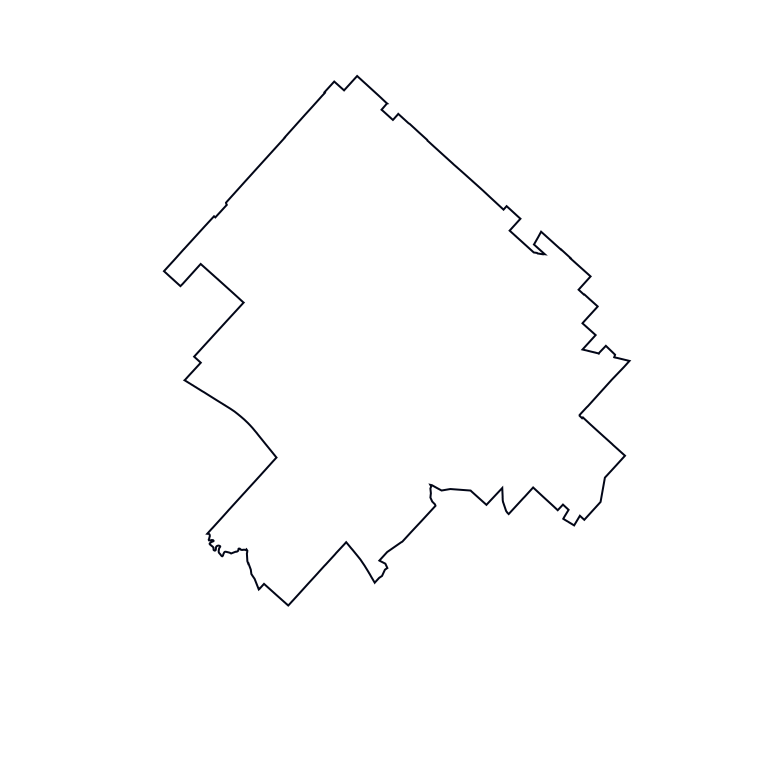 Griffith, New South Wales, Australia, rotated 34°
{"feature_id": "25037944B92431338165184", "entity_name": "Griffith", "entity_type": "district", "adm_level": 2, "iso_a3": "AUS", "parent_name": "Australia", "parent_adm1": "New South Wales", "projection": "robinson", "projection_center": [146.03, -34.335], "detail": "fine", "context": "isolated", "style": "outline", "palette": "ink", "viewbox_px": 768, "rotation_deg": 34, "n_neighbors": 0, "source": "geoboundaries", "source_scale": "gbopen_adm2", "svg_char_len": 5625}
<svg xmlns="http://www.w3.org/2000/svg" viewBox="0 0 768 768"><g transform="rotate(34 384 384)"><path d="M321.2,607.0L321.6,606.8L322.1,606.4L322.5,606.2L322.9,606.2L323.4,606.3L323.8,606.5L324.1,606.8L324.5,607.3L324.8,607.8L325.0,608.7L325.3,609.4L325.5,609.8L325.6,610.5L325.7,611.0L326.0,611.3L326.4,611.5L326.7,611.3L327.2,611.0L327.6,610.6L328.0,610.2L328.4,609.7L329.0,609.4L329.4,609.1L329.9,609.1L330.3,609.2L330.5,609.5L330.3,610.1L329.9,610.6L329.5,611.2L329.2,611.8L329.0,612.3L328.8,612.9L328.7,613.4L328.7,613.8L328.9,614.1L329.4,614.3L330.0,614.4L331.1,614.5L331.9,614.6L332.6,614.6L333.5,614.8L333.8,614.9L334.2,615.1L334.5,615.6L335.0,616.2L335.4,616.7L335.7,616.9L336.3,616.9L336.8,616.8L337.2,616.4L337.3,615.9L336.9,614.8L336.3,613.9L336.1,613.3L335.9,612.7L336.0,612.0L336.4,611.3L337.0,610.6L337.6,610.3L338.4,610.1L339.0,610.2L339.2,610.5L339.2,611.4L339.2,612.2L339.5,613.1L339.9,614.0L340.4,615.0L341.0,615.8L341.6,616.2L342.6,616.5L343.5,616.7L344.5,617.1L345.1,617.3L345.9,617.4L346.3,617.2L346.4,616.7L346.4,616.1L346.0,615.0L345.8,613.8L345.7,613.0L345.8,612.4L346.1,611.9L346.6,611.6L347.2,611.3L347.8,611.1L349.1,610.6L349.9,610.3L350.8,610.1L351.6,610.0L352.0,610.0L354.6,606.3L354.7,606.1L354.9,606.0L355.1,605.9L355.2,605.7L355.6,605.4L355.8,605.2L355.9,604.9L356.0,604.8L356.1,604.7L356.2,604.4L356.2,604.2L356.3,603.9L356.2,603.8L356.2,603.7L356.2,603.4L356.1,603.1L356.0,602.8L355.9,602.7L355.8,602.4L355.7,602.3L355.7,602.2L355.6,601.9L355.7,601.7L355.8,601.5L356.0,601.4L356.3,601.3L356.6,601.2L356.7,601.3L356.9,601.3L357.0,601.3L357.5,601.4L357.9,601.4L358.0,601.3L358.3,601.3L358.5,601.2L358.8,601.1L359.0,601.0L359.4,600.7L359.5,600.6L359.7,600.4L359.8,600.4L360.0,600.2L360.3,599.9L361.1,599.4L361.9,599.0L362.0,598.9L362.3,598.9L362.4,598.0L363.9,598.6L364.7,600.1L365.1,601.2L366.5,603.0L369.8,607.3L370.9,608.1L372.0,608.9L372.1,608.6L377.4,612.4L380.3,615.7L382.9,616.8L385.7,617.9L395.0,624.3L395.2,623.0L395.4,623.1L396.3,616.8L411.4,618.9L413.6,619.2L428.4,621.2L428.5,621.2L430.7,606.5L432.8,591.8L434.3,581.9L435.0,577.1L435.0,576.9L436.4,567.3L436.5,567.1L438.7,552.4L438.8,551.2L439.8,544.9L440.8,538.6L441.0,537.0L441.1,536.3L446.9,538.0L447.9,538.3L448.2,538.4L450.8,539.1L458.4,541.4L462.6,542.7L465.3,543.8L469.8,545.6L470.4,545.9L473.3,547.2L476.8,548.8L477.1,549.0L477.6,549.2L477.9,549.3L481.3,551.0L481.9,551.3L483.2,551.9L486.5,553.5L487.4,553.9L487.4,553.7L487.5,553.3L487.8,551.4L488.4,547.4L489.7,544.2L488.6,537.4L489.7,534.7L485.6,532.2L479.0,533.0L478.9,533.0L480.6,521.5L480.8,521.0L486.8,505.5L487.2,504.8L487.4,504.2L488.8,494.9L489.3,491.5L491.7,476.6L494.8,456.2L493.6,455.3L489.7,454.5L486.0,452.2L484.7,449.8L484.0,448.4L480.9,444.7L480.4,442.5L478.8,441.7L480.3,441.1L486.2,440.6L491.3,440.1L497.7,434.0L515.4,423.9L516.4,424.1L523.5,425.1L535.8,426.8L536.5,426.9L537.0,423.7L540.2,404.1L545.6,411.4L546.0,412.1L546.4,412.5L546.8,413.1L547.0,413.4L547.2,413.7L547.5,414.0L547.9,414.5L548.2,414.8L548.5,415.0L548.7,415.3L549.0,415.5L549.3,415.7L555.2,420.2L555.5,420.4L555.7,420.6L556.0,420.8L556.5,421.1L556.8,421.2L557.1,421.3L557.3,421.4L557.6,421.5L557.9,421.6L558.2,421.7L558.5,421.8L558.8,421.9L559.1,421.9L560.1,422.1L563.3,401.0L563.7,398.8L565.5,386.4L578.3,388.4L580.3,388.7L591.1,390.3L598.6,391.5L599.8,383.9L607.4,385.1L607.8,393.3L608.0,395.5L609.0,395.5L620.7,394.9L620.1,383.7L622.7,384.1L626.0,384.6L629.5,360.7L623.7,347.6L619.5,338.1L621.7,323.6L623.9,308.7L607.5,306.4L607.3,306.3L596.5,304.8L585.3,303.2L577.7,302.1L567.6,300.5L567.4,301.6L564.0,301.0L563.5,300.4L563.8,298.1L565.1,289.8L565.4,288.6L567.1,276.7L567.6,273.1L569.9,256.9L570.3,254.2L570.3,253.9L573.5,235.4L574.6,227.6L569.5,229.5L563.0,231.9L560.6,232.9L559.9,233.1L559.2,230.5L546.6,228.3L545.0,237.6L545.1,238.4L545.1,238.7L544.7,238.7L529.3,244.4L532.1,225.1L514.6,222.7L514.6,222.3L515.7,214.7L517.8,200.6L517.8,200.2L515.6,199.9L508.4,198.9L508.1,198.9L500.0,197.7L499.8,198.1L493.2,197.1L492.6,197.0L495.1,179.3L482.1,177.5L468.3,175.6L468.4,175.3L456.2,173.5L456.3,173.7L456.1,173.7L429.1,169.9L429.7,176.0L430.3,184.1L430.3,184.5L444.7,186.5L443.1,187.3L443.2,187.6L438.3,189.9L437.5,189.8L434.6,191.2L412.8,188.1L402.4,186.6L404.1,174.8L404.7,170.7L400.4,170.1L391.1,168.7L386.2,168.0L386.0,169.5L385.6,172.6L377.7,171.4L370.6,170.3L368.0,169.9L355.9,168.0L340.0,165.8L325.9,163.9L318.7,163.0L318.3,162.9L292.6,159.2L283.8,157.9L283.4,157.5L272.2,155.9L259.7,154.0L259.2,154.1L258.5,154.1L244.8,152.1L244.8,152.3L244.1,157.4L244.0,158.4L243.7,160.1L236.7,159.1L231.2,158.3L228.6,158.0L229.6,149.8L229.7,149.7L228.7,149.6L218.2,147.9L205.3,146.0L189.5,143.7L186.7,162.9L173.6,161.1L171.5,175.5L172.2,175.6L171.5,180.0L170.3,188.8L169.5,194.5L167.9,205.5L163.9,234.3L163.8,235.3L164.0,235.3L160.8,257.4L158.1,276.1L155.5,294.3L151.6,322.0L152.4,322.8L153.5,323.4L151.0,340.2L149.3,340.0L147.1,354.3L142.8,383.7L142.8,383.9L142.7,384.0L140.9,397.2L138.5,413.5L145.9,414.6L160.5,416.7L161.1,413.7L164.9,387.0L191.2,390.6L209.6,393.2L221.8,395.0L222.1,395.0L218.5,418.8L215.7,437.6L211.3,467.5L220.2,468.8L217.6,485.8L216.7,492.1L216.6,492.4L237.9,491.6L238.7,491.5L241.5,491.4L242.1,491.4L254.4,491.0L270.4,490.4L270.8,490.4L275.4,490.4L279.6,490.7L283.8,491.1L288.0,491.6L292.1,492.3L292.7,492.4L296.0,493.1L299.7,494.0L303.4,495.1L306.9,496.1L307.0,496.2L319.3,500.0L321.3,500.6L336.0,505.1L335.9,505.6L335.1,510.9L335.1,511.0L333.0,525.9L330.9,540.3L329.9,546.9L329.3,551.2L328.9,553.7L328.8,554.4L328.5,556.5L325.6,576.3L325.6,576.5L324.4,585.1L322.3,599.6L322.2,599.9L321.3,606.3L321.2,607.0Z" fill="none" stroke="#020617" stroke-width="2"/></g></svg>